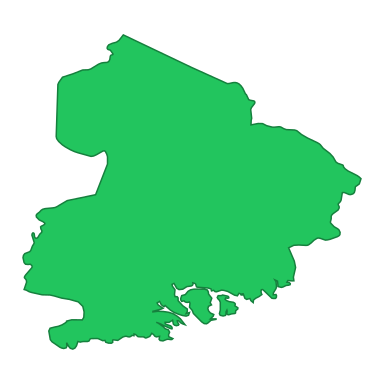 the County of Västra Götaland, rotated 270°
{"feature_id": "SWE-3428", "entity_name": "Västra Götaland", "entity_type": "County", "adm_level": 1, "iso_a3": "SWE", "parent_name": "Sweden", "parent_adm1": "", "projection": "mercator", "projection_center": [12.229, 58.206], "detail": "fine", "context": "isolated", "style": "filled", "palette": "green", "viewbox_px": 384, "rotation_deg": 270, "n_neighbors": 0, "source": "natural_earth", "source_scale": "10m", "svg_char_len": 5765}
<svg xmlns="http://www.w3.org/2000/svg" viewBox="0 0 384 384"><g transform="rotate(270 192 192)"><path d="M72.1,84.1L77.6,82.8L82.1,78.3L84.6,69.5L85.9,61.6L88.0,54.4L89.0,50.0L89.2,42.1L91.5,31.7L92.3,29.1L93.8,26.4L94.5,24.1L101.9,26.6L104.2,26.2L106.3,24.4L107.5,24.6L109.0,25.6L116.5,32.0L117.5,32.1L118.3,31.9L119.7,30.5L119.7,29.6L119.5,28.1L119.8,25.5L121.4,24.1L126.3,23.0L128.7,23.5L130.4,24.8L132.3,29.7L133.6,30.8L137.9,32.4L140.5,34.0L141.5,34.2L148.9,31.9L150.3,32.2L151.1,32.9L151.0,33.6L150.2,34.2L147.2,34.6L146.2,35.1L145.7,35.9L145.9,36.9L146.5,37.8L150.0,39.9L151.7,41.7L153.2,41.9L155.1,40.9L157.1,40.6L157.8,41.3L159.0,43.7L160.2,44.9L161.1,44.6L162.4,42.8L164.1,39.2L167.0,36.4L168.8,36.2L170.1,37.1L172.0,39.6L173.6,41.0L174.7,42.6L175.4,45.1L176.1,52.7L176.5,55.1L177.2,56.7L183.4,67.2L189.3,95.6L219.9,107.5L227.2,107.5L229.7,106.8L232.3,105.5L233.2,104.6L233.0,103.0L229.2,96.3L228.0,93.6L227.6,91.0L231.2,78.1L232.4,74.5L234.2,70.5L237.2,65.2L239.2,62.3L242.5,58.7L245.3,56.7L247.5,56.2L299.5,57.9L301.6,58.8L306.8,62.5L310.2,73.0L314.0,82.6L314.2,88.2L315.0,90.7L319.8,98.5L321.0,101.4L321.4,103.8L321.6,107.1L322.4,108.7L324.4,109.8L327.8,110.3L328.7,110.8L329.5,112.9L330.2,112.9L333.2,110.8L334.0,110.0L334.4,108.3L334.9,107.6L335.9,107.1L337.5,107.5L339.2,108.8L340.7,112.3L341.8,116.4L343.6,119.0L349.1,123.3L316.6,191.5L300.4,227.3L300.5,229.1L301.4,233.2L301.5,235.1L301.1,237.0L300.1,239.0L298.2,241.0L295.7,242.8L290.2,245.4L289.3,246.4L284.4,248.7L283.8,250.1L283.1,253.7L282.7,254.5L281.8,254.9L280.5,254.6L276.3,251.4L274.4,250.7L265.7,251.7L263.7,251.2L259.1,251.0L260.5,258.1L260.4,262.6L258.3,266.7L256.9,272.2L256.8,274.0L257.3,279.1L257.0,280.8L255.3,283.8L254.4,286.3L254.0,294.6L253.3,296.8L249.5,301.5L246.0,307.5L241.4,317.2L240.3,319.1L239.3,320.3L235.7,323.2L230.5,329.9L227.0,333.1L222.1,335.9L220.7,337.8L219.2,342.2L218.7,343.1L216.8,343.7L215.1,345.2L213.0,348.1L208.4,357.2L207.0,359.2L205.3,361.0L200.1,359.3L198.5,357.2L197.7,355.9L197.0,355.3L193.8,355.0L191.4,354.3L190.1,352.9L189.4,350.7L189.5,349.1L191.4,344.6L191.5,342.7L191.3,342.3L183.9,341.1L182.4,340.4L180.1,338.2L179.4,338.2L177.1,339.2L175.9,339.1L174.0,338.1L170.2,332.9L168.9,331.7L167.8,331.2L165.2,331.2L162.0,330.4L161.0,330.6L157.3,334.1L155.2,337.7L154.2,338.9L151.7,340.1L149.4,339.9L148.5,339.3L147.4,337.6L144.7,330.1L144.1,327.5L143.9,325.4L145.8,319.8L146.0,318.4L145.8,317.2L143.8,314.0L141.1,311.2L139.1,308.5L138.7,307.2L138.6,306.0L139.0,298.8L138.7,293.8L136.2,288.6L122.9,294.3L116.5,295.6L106.9,293.4L103.2,293.9L103.1,292.0L103.5,287.9L101.8,286.9L101.4,289.2L100.4,290.3L99.3,290.1L98.8,288.5L98.5,286.1L97.0,283.0L96.6,281.4L97.4,278.1L102.9,277.5L104.1,274.9L102.3,276.0L97.5,276.5L95.4,276.0L91.1,273.4L89.2,273.2L89.5,276.0L88.4,276.5L86.8,276.4L85.6,275.6L85.5,273.9L85.7,271.9L93.7,263.6L94.5,262.5L94.3,261.4L92.7,261.0L90.8,261.3L89.5,261.9L87.4,259.0L85.8,255.8L84.0,253.5L81.4,253.2L83.3,250.9L85.5,249.9L84.6,246.6L85.7,244.9L90.2,243.2L90.2,242.2L89.0,242.2L89.0,241.1L90.2,240.5L90.7,239.0L88.2,237.4L88.8,234.6L92.5,227.9L93.6,224.0L93.9,221.7L92.2,216.5L92.4,215.0L93.7,213.7L93.1,211.5L95.1,211.0L96.0,208.1L96.8,197.5L97.1,196.5L100.0,195.6L100.7,194.6L101.2,192.8L99.9,193.0L98.7,192.5L98.0,191.2L97.4,186.9L94.8,182.8L94.4,179.0L95.8,176.7L100.6,174.0L99.6,172.0L97.8,172.4L94.2,175.0L89.5,174.5L87.4,175.0L87.3,177.2L86.1,178.1L83.3,178.1L78.2,182.8L75.0,187.3L72.6,187.3L70.4,186.1L71.5,189.5L68.7,188.5L67.9,186.1L68.5,182.5L69.8,178.4L71.7,173.9L73.9,170.4L78.5,165.1L77.3,164.0L78.5,162.2L79.8,161.0L82.6,159.6L81.1,157.1L79.1,158.1L75.7,163.0L74.8,160.9L72.7,152.9L72.1,152.9L72.7,157.7L72.5,163.3L71.7,168.8L70.1,173.5L67.7,177.3L65.3,180.3L59.3,185.0L60.1,182.7L61.0,180.9L63.4,178.4L63.4,177.2L62.1,177.4L59.6,178.9L58.8,178.4L58.3,176.4L58.8,174.6L59.8,173.4L63.8,172.6L61.6,169.0L61.7,165.1L60.3,165.2L59.5,166.6L58.2,170.6L57.2,171.7L55.9,172.2L55.1,171.9L55.6,170.1L58.5,163.5L60.3,160.2L61.7,156.2L61.0,158.0L57.3,163.2L55.3,165.1L54.1,168.4L51.8,169.6L49.4,168.6L47.3,168.7L45.4,172.9L44.5,171.9L44.4,170.8L44.8,167.9L44.5,166.5L43.1,163.0L43.5,160.1L44.7,159.1L47.7,159.6L47.1,156.3L47.9,154.7L49.4,153.6L50.7,151.8L47.6,149.8L46.2,146.6L46.0,145.7L46.6,144.3L47.1,144.0L47.2,139.1L47.4,137.9L49.5,135.5L50.0,134.0L48.3,134.0L48.6,132.0L47.5,130.7L47.1,129.5L47.2,128.1L47.7,126.5L47.7,125.1L46.9,122.7L43.6,117.8L44.2,113.1L43.8,112.7L41.6,112.7L40.8,111.4L40.9,108.4L41.8,105.7L43.6,105.0L43.3,102.8L45.4,98.1L45.5,96.7L45.4,90.9L44.9,90.0L43.0,89.0L42.5,87.5L42.5,83.6L42.3,81.9L41.9,80.3L42.5,77.9L38.2,76.5L35.9,74.9L34.9,72.8L35.7,70.3L37.5,68.8L41.3,66.6L37.8,66.9L36.2,66.2L35.5,63.8L35.9,61.8L36.7,60.0L42.2,52.0L44.4,50.3L53.0,48.8L55.8,50.1L57.0,54.8L57.7,58.3L59.1,62.0L60.9,65.0L62.2,66.6L62.9,66.6L64.2,71.7L64.1,82.3L66.7,83.8L72.1,84.1ZM94.2,190.6L94.8,193.6L94.9,197.2L94.8,204.4L94.0,207.4L92.1,208.3L89.9,208.6L85.8,211.8L81.3,210.2L79.1,211.5L77.7,208.5L75.4,207.8L72.9,208.7L71.0,210.4L69.5,213.8L67.8,213.2L65.1,210.4L65.1,216.0L64.6,216.0L63.7,211.0L61.0,207.9L60.2,206.5L60.4,204.2L62.1,201.7L70.5,193.4L73.5,192.3L76.8,189.5L80.7,190.0L82.0,189.5L81.6,187.7L81.7,186.1L82.3,184.8L83.2,184.0L82.6,181.7L84.0,180.8L85.4,180.7L88.4,181.7L89.4,185.3L92.7,188.0L94.2,190.6ZM88.4,218.2L88.4,220.9L88.6,221.9L89.0,222.6L87.8,227.9L86.8,228.8L86.0,228.7L85.7,227.6L86.1,225.7L84.7,225.1L83.4,226.6L82.4,229.1L81.7,233.4L80.9,234.7L80.0,235.3L78.2,234.9L76.2,237.9L75.0,237.8L73.3,235.7L71.0,235.5L70.5,234.9L70.1,231.6L69.2,228.7L69.5,227.4L70.4,226.7L72.8,227.2L73.9,226.9L72.2,226.0L70.2,226.0L68.6,225.5L68.0,223.1L68.7,220.2L70.3,219.4L73.9,220.3L81.7,220.3L83.6,219.5L85.0,218.1L86.5,217.2L88.4,218.2Z" fill="#22c55e" stroke="#15803d" stroke-width="1.5"/></g></svg>